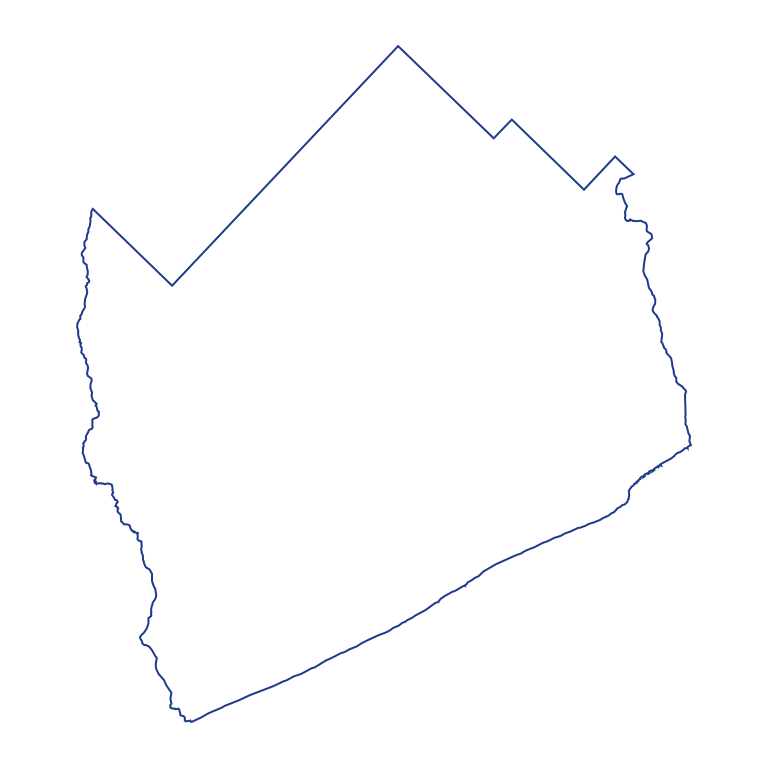 General Alvarado, Buenos Aires, Argentina
{"feature_id": "61730980B74641240637534", "entity_name": "General Alvarado", "entity_type": "district", "adm_level": 2, "iso_a3": "ARG", "parent_name": "Argentina", "parent_adm1": "Buenos Aires", "projection": "mercator", "projection_center": [-57.985, -38.201], "detail": "fine", "context": "isolated", "style": "outline", "palette": "blue", "viewbox_px": 768, "rotation_deg": 0, "n_neighbors": 0, "source": "geoboundaries", "source_scale": "gbopen_adm2", "svg_char_len": 5992}
<svg xmlns="http://www.w3.org/2000/svg" viewBox="0 0 768 768"><path d="M398.1,46.1L172.1,285.7L92.8,208.9L91.7,210.6L91.3,212.3L91.2,216.9L90.3,217.8L90.2,218.9L90.5,220.0L90.3,222.9L89.7,226.3L88.3,229.5L88.4,232.1L87.8,232.8L86.9,235.5L86.7,239.2L84.4,241.9L84.4,245.7L85.4,247.9L82.0,252.7L81.6,254.1L82.0,255.4L83.4,257.5L83.4,262.1L84.6,263.4L86.6,264.7L86.8,267.2L87.8,271.2L87.6,275.1L86.6,276.5L86.8,277.4L88.4,279.1L89.3,281.0L88.7,282.3L87.1,283.3L86.9,285.1L85.9,285.9L85.7,286.7L86.6,288.3L87.3,292.8L85.1,299.0L84.6,304.4L85.0,305.9L84.7,308.0L82.3,311.7L81.9,313.8L80.2,315.9L80.4,318.9L79.2,319.9L77.4,323.7L77.1,326.6L78.2,330.9L78.2,335.1L79.3,338.9L80.0,339.9L79.9,341.5L79.5,342.3L81.1,343.0L80.4,345.0L80.9,346.8L81.6,347.4L81.8,348.8L81.3,352.6L83.7,355.0L84.6,358.0L85.8,358.5L86.3,359.7L85.9,362.6L87.7,365.8L88.1,367.8L87.0,373.8L87.9,376.0L91.0,378.2L91.7,379.5L91.5,381.2L90.5,384.4L90.4,388.3L92.0,392.1L92.1,393.7L91.5,395.2L91.7,396.6L92.3,398.0L92.4,399.3L93.0,400.4L96.6,403.7L95.6,405.7L96.5,406.4L97.4,410.4L99.0,412.0L98.7,413.5L98.9,414.9L98.3,416.3L97.0,417.5L93.4,418.8L92.3,419.6L92.5,422.5L92.2,424.6L92.7,427.6L91.9,428.7L89.3,429.8L88.4,431.3L88.1,432.6L87.2,433.6L85.8,436.6L86.1,438.8L85.8,440.1L84.4,441.4L84.3,442.5L83.6,442.8L83.2,443.6L83.8,446.1L83.0,447.3L83.0,451.5L82.6,453.0L83.7,455.1L85.9,462.7L88.1,463.3L89.0,464.2L90.0,468.1L90.8,469.3L91.5,474.5L91.0,475.2L91.6,475.8L96.0,477.4L95.3,479.3L94.4,480.0L94.2,480.6L94.4,481.1L95.5,481.0L95.8,481.5L94.6,482.0L94.6,482.5L96.5,484.2L97.4,483.2L98.7,483.5L101.2,483.1L102.0,483.7L103.6,483.5L104.6,484.2L108.0,483.4L111.7,484.6L112.6,488.1L112.4,490.2L113.2,492.7L112.1,494.2L112.1,495.1L113.6,497.0L114.9,499.7L117.0,500.5L117.6,501.6L117.6,502.3L116.3,503.6L116.0,505.2L115.4,506.1L117.6,507.2L118.2,508.3L117.7,508.7L117.6,511.5L118.8,513.1L120.3,514.2L120.7,515.2L121.2,521.5L123.2,523.2L123.9,524.3L126.5,524.3L128.9,524.9L129.9,526.0L130.4,528.3L131.8,530.5L133.8,532.2L134.2,531.4L135.7,532.6L136.9,533.0L137.8,532.9L137.9,533.8L137.4,534.7L137.8,536.4L137.4,538.7L137.7,539.6L139.0,540.8L141.2,541.3L141.6,542.0L141.3,543.1L141.7,544.2L141.5,545.4L141.7,546.6L141.1,549.5L141.6,551.4L141.5,552.5L142.6,554.7L142.9,556.0L143.0,559.8L143.7,561.2L144.0,563.3L145.5,566.6L146.1,567.4L149.6,569.5L152.0,573.8L152.0,580.8L153.1,584.5L154.4,587.5L155.2,588.4L156.3,595.6L155.3,598.9L152.6,602.9L152.5,604.7L151.8,605.9L151.0,610.4L151.4,611.9L151.0,612.9L151.3,615.3L151.0,616.2L148.5,618.0L148.4,623.7L147.3,627.0L146.6,628.8L143.6,633.1L141.6,634.8L140.0,637.0L140.2,638.2L142.1,641.7L142.3,643.4L144.4,645.1L145.8,645.0L149.1,646.6L151.6,649.6L155.2,655.9L156.8,657.9L155.9,662.6L155.8,666.4L156.3,669.1L158.8,674.2L164.0,680.1L166.3,685.3L171.4,692.8L170.4,698.8L171.4,703.6L170.2,705.7L170.5,707.8L173.4,708.7L174.9,708.6L175.6,709.2L178.5,708.7L179.4,710.1L180.5,715.3L183.9,716.3L184.9,718.0L184.7,720.1L185.4,721.2L188.4,721.1L190.4,720.6L191.1,721.9L192.1,721.7L201.3,717.4L208.8,713.1L221.7,707.7L224.9,705.8L238.4,700.5L249.5,695.3L273.9,685.9L283.3,681.4L286.4,680.4L294.0,676.3L301.0,674.0L311.7,668.2L314.5,667.5L326.2,660.3L330.8,658.4L340.4,653.4L344.9,651.9L349.4,649.3L356.6,646.5L361.7,643.2L366.6,640.7L379.2,634.9L385.0,632.8L388.5,631.2L393.3,627.9L398.8,625.6L402.2,622.9L405.6,621.6L407.3,620.1L411.8,618.0L415.4,615.5L425.5,610.1L435.2,603.0L438.6,601.9L438.7,601.2L440.9,598.7L444.8,596.0L452.6,591.6L454.1,591.3L456.7,590.0L462.6,586.4L464.5,585.7L464.9,585.9L464.8,585.4L466.7,584.1L467.0,583.3L468.1,582.2L472.8,579.5L474.3,578.2L478.7,576.1L483.4,571.5L495.8,564.3L515.5,555.4L522.0,553.1L522.8,552.2L527.2,550.0L534.7,547.1L542.5,543.0L548.4,540.9L554.2,537.9L560.4,536.0L565.1,533.4L570.5,531.5L577.7,528.1L580.1,527.7L585.3,525.8L589.3,523.7L593.4,522.6L600.6,519.7L602.3,518.4L608.8,515.5L611.2,513.4L613.9,512.3L617.8,508.1L620.0,507.1L622.2,505.2L624.6,504.5L627.1,502.2L627.6,501.3L627.8,499.8L628.8,498.6L628.6,498.0L629.3,495.4L629.0,494.4L629.2,492.4L628.7,491.4L629.8,489.1L630.5,488.4L631.4,486.7L632.9,486.0L634.5,483.8L635.3,483.7L635.3,483.2L636.1,482.4L636.7,482.6L636.6,482.1L637.7,480.9L638.3,481.1L638.6,480.0L640.2,479.0L639.9,478.7L640.0,478.3L642.0,476.4L643.5,476.2L643.8,476.5L643.7,477.0L644.9,476.0L644.2,475.3L644.4,474.7L646.8,473.4L647.8,473.8L647.4,474.6L649.1,473.3L648.6,473.3L648.4,472.6L649.6,471.2L651.9,470.3L652.9,470.5L652.7,471.2L654.1,470.2L653.6,469.9L653.9,469.1L656.4,467.2L658.0,467.1L659.0,467.8L658.0,466.1L659.8,465.1L661.0,465.6L660.4,464.4L660.9,464.0L671.4,458.3L674.3,456.0L676.0,453.9L678.7,452.4L679.6,452.4L682.7,450.4L684.9,448.2L686.0,448.3L687.1,447.7L687.4,448.0L687.3,447.5L688.6,446.2L690.9,445.1L689.4,441.2L690.0,436.1L688.5,433.6L686.7,426.1L685.4,424.3L685.7,420.0L685.2,417.3L685.6,414.8L685.0,394.9L686.1,391.5L685.4,390.1L683.5,388.2L682.8,387.0L677.8,383.6L676.3,381.5L676.3,377.8L674.7,376.0L673.7,372.8L673.8,371.0L672.2,365.4L672.2,363.8L671.1,358.1L667.0,353.6L666.3,352.4L666.3,350.6L665.8,349.4L664.2,348.0L662.4,343.1L661.3,342.0L662.2,334.3L661.9,332.7L660.8,330.5L660.9,327.8L659.7,325.0L659.6,321.2L658.1,317.9L657.1,317.1L656.7,315.4L654.7,313.7L652.8,311.0L652.6,309.8L653.4,306.8L655.1,303.9L655.3,299.3L654.5,298.2L654.2,296.1L652.3,294.4L651.7,291.7L648.9,287.8L647.2,279.5L644.9,275.8L643.3,271.2L644.1,263.5L645.6,254.4L648.2,251.5L649.1,248.5L648.1,245.1L646.7,244.0L646.9,242.9L651.9,238.5L652.2,237.4L651.4,234.1L646.9,231.3L646.6,229.7L646.9,225.5L646.0,223.3L645.4,222.8L642.3,221.6L641.1,220.7L636.9,221.2L632.8,220.8L630.1,219.4L629.6,219.9L629.6,220.7L627.1,221.0L625.7,219.8L625.0,217.9L625.4,214.3L624.9,212.5L626.2,208.1L627.1,206.6L627.0,205.8L625.7,204.0L624.6,201.7L622.8,196.7L622.6,195.0L621.9,194.0L620.6,193.7L618.5,194.3L616.8,194.1L616.3,193.1L616.1,190.4L616.6,186.9L617.8,184.3L619.1,182.8L620.1,179.6L620.8,178.7L624.2,178.5L633.5,174.2L615.1,156.5L584.0,189.7L511.8,119.6L493.7,138.3L398.1,46.1Z" fill="none" stroke="#1e3a8a" stroke-width="2"/></svg>